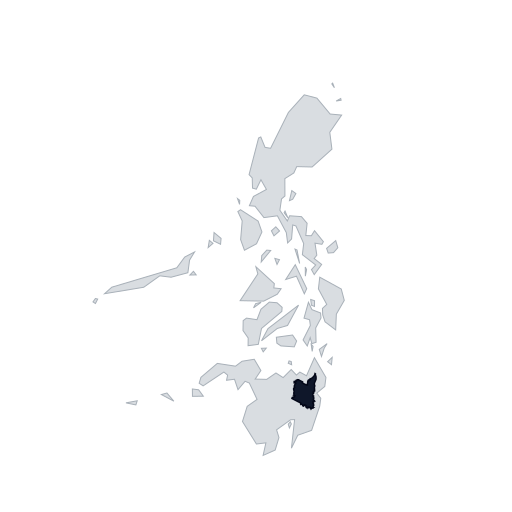 Agusan del Sur, Agusan del Sur, Philippines (highlighted), rotated 26°
{"feature_id": "2640588B20221108717018", "entity_name": "Agusan del Sur", "entity_type": "district", "adm_level": 2, "iso_a3": "PHL", "parent_name": "Philippines", "parent_adm1": "Agusan del Sur", "projection": "albers", "projection_center": [125.526, 8.58], "detail": "fine", "context": "in_parent", "style": "filled", "palette": "ink", "viewbox_px": 512, "rotation_deg": 26, "n_neighbors": 0, "source": "geoboundaries", "source_scale": "gbopen_adm2", "svg_char_len": 7323}
<svg xmlns="http://www.w3.org/2000/svg" viewBox="0 0 512 512"><g transform="rotate(26 256 256)"><path d="M241.5,87.4L260.4,95.9L271.2,91.8L268.1,112.5L277.4,126.7L267.4,151.4L253.4,157.8L253.6,164.8L248.0,173.8L255.7,189.4L253.9,193.5L257.4,204.4L268.8,210.8L268.6,205.1L279.6,200.7L287.6,204.2L291.8,215.8L296.9,213.5L297.5,207.6L310.3,213.6L310.1,216.6L303.4,218.6L310.3,228.6L309.4,232.8L318.7,234.8L316.5,247.2L311.8,243.9L313.6,237.9L297.1,234.5L293.4,223.9L278.7,211.5L275.4,212.0L280.5,225.1L278.7,230.4L273.0,221.7L257.6,210.5L246.3,218.0L233.3,211.7L228.0,213.7L227.6,203.6L236.2,191.6L227.0,185.3L227.0,195.8L223.1,196.5L218.4,187.5L214.1,185.9L206.6,148.8L208.1,146.9L216.5,154.4L221.9,152.8L222.2,112.7L228.7,90.0L241.5,87.4ZM353.1,321.8L372.1,334.5L375.0,343.1L370.7,352.6L376.6,355.5L379.1,363.0L382.4,388.3L372.1,398.8L372.1,413.2L362.4,386.1L358.9,388.0L350.7,403.2L356.2,409.1L358.3,422.0L349.8,432.1L346.8,419.6L338.8,424.8L316.4,410.7L314.0,395.0L319.8,384.4L305.7,373.1L301.1,373.4L298.4,384.0L290.7,376.2L284.0,380.6L282.7,375.5L278.0,374.4L265.4,395.9L260.7,395.3L259.7,389.2L268.3,369.5L285.9,364.0L289.6,356.7L299.7,349.6L310.6,356.8L309.2,367.0L319.7,362.2L325.2,352.4L333.7,353.4L337.4,342.6L344.5,345.3L346.3,341.1L353.9,341.5L353.1,321.8ZM296.8,334.4L288.2,340.1L284.9,333.1L277.0,328.7L272.8,319.7L274.7,316.0L284.8,312.8L283.8,301.7L288.2,291.6L295.4,288.8L302.0,290.7L303.5,294.5L292.7,318.7L296.8,334.4ZM347.1,248.3L354.8,257.2L353.7,273.0L360.0,287.5L346.9,284.9L341.8,279.7L338.7,274.0L340.8,268.5L326.5,258.2L322.6,247.1L347.1,248.3ZM260.6,265.7L284.6,272.8L286.0,276.9L292.9,274.4L291.9,281.0L282.7,293.2L261.3,303.1L265.5,271.3L260.6,265.7ZM168.8,333.3L136.4,356.3L140.1,347.2L190.0,301.3L192.4,288.2L199.0,279.3L198.1,288.8L202.1,300.9L189.0,312.3L178.2,316.0L168.8,333.3ZM221.8,221.2L242.6,223.7L250.8,231.8L251.1,244.8L243.1,255.9L235.0,248.0L228.2,230.5L220.2,224.0L221.8,221.2ZM329.8,279.7L339.0,278.9L341.6,283.2L341.2,294.5L347.8,307.2L344.6,310.3L340.5,305.6L341.5,314.4L335.1,310.8L335.3,294.6L332.1,289.8L326.4,290.8L323.4,274.6L329.8,279.7ZM298.1,329.8L298.6,316.0L315.8,281.5L314.8,304.6L306.9,311.8L298.1,329.8ZM330.2,320.9L317.8,325.9L313.0,325.2L309.9,320.1L323.5,311.0L329.8,314.6L330.2,320.9ZM295.1,246.6L315.9,263.1L316.0,268.8L301.2,256.4L293.0,264.1L295.1,246.6ZM324.2,219.0L319.6,221.7L316.1,218.2L320.9,207.2L325.9,212.7L324.2,219.0ZM270.1,405.1L260.4,410.0L257.1,403.4L263.1,401.4L270.1,405.1ZM208.0,253.3L216.9,255.5L219.0,261.0L211.1,261.0L208.0,253.3ZM261.0,221.1L266.2,223.2L263.3,230.0L258.8,226.6L261.0,221.1ZM236.0,418.2L245.8,422.5L231.7,422.0L236.0,418.2ZM358.9,317.6L353.8,312.2L358.3,303.6L357.7,308.8L358.9,317.6ZM266.8,244.6L263.3,259.1L261.0,253.1L263.1,246.0L266.8,244.6ZM212.7,438.2L213.3,442.5L203.5,445.0L212.7,438.2ZM264.5,182.4L264.1,188.9L261.8,191.6L259.5,181.5L264.5,182.4ZM280.9,295.4L276.5,303.7L276.6,298.9L280.9,295.4ZM211.8,263.5L209.3,269.4L207.2,262.4L211.8,263.5ZM330.7,275.7L327.4,275.9L324.2,271.1L328.2,270.5L330.7,275.7ZM278.7,249.0L278.6,254.4L274.0,249.9L278.7,249.0ZM371.5,320.6L366.7,319.6L368.9,313.7L371.5,320.6ZM290.2,232.6L298.5,243.6L288.0,232.7L290.2,232.6ZM210.5,299.2L204.9,302.1L206.5,297.2L210.5,299.2ZM305.6,334.3L304.5,339.0L301.3,336.6L305.6,334.3ZM307.4,246.0L309.2,252.5L305.1,244.3L307.4,246.0ZM132.5,369.1L129.6,368.7L130.3,364.6L132.6,364.1L132.5,369.1ZM335.7,338.1L332.0,338.3L331.7,335.8L333.9,335.4L335.7,338.1ZM361.4,395.9L358.7,393.0L359.5,390.0L361.4,391.5L361.4,395.9ZM217.0,213.1L218.6,216.8L214.2,212.5L217.0,213.1ZM346.9,312.2L348.3,317.1L344.3,311.2L346.9,312.2ZM264.2,78.7L260.1,81.6L263.1,77.3L264.2,78.7ZM267.9,207.7L262.3,204.8L262.4,202.9L267.9,207.7ZM249.1,67.0L252.7,70.4L248.7,68.1L249.1,67.0Z" fill="#d9dde1" stroke="#a8b0b8" stroke-width="1"/><path d="M347.1,349.3L347.1,350.7L346.9,350.7L347.0,350.8L346.8,350.9L346.8,351.0L346.7,351.1L346.7,351.3L346.5,351.5L346.4,351.5L346.1,351.8L345.9,351.9L346.0,351.9L345.9,351.9L345.9,352.0L345.7,352.1L345.6,352.3L345.5,352.5L345.5,352.8L345.4,352.7L345.4,352.9L345.2,352.9L345.3,352.9L347.2,353.0L347.3,353.0L347.5,353.0L347.5,352.9L347.6,353.0L347.5,353.3L347.3,353.6L347.4,353.8L347.4,354.0L347.3,354.4L347.4,354.6L347.4,354.8L347.3,355.0L347.3,355.4L347.3,355.7L347.5,356.3L347.6,356.5L347.8,356.8L348.0,356.8L348.2,357.0L348.3,357.1L348.2,357.2L348.1,357.4L348.1,357.5L348.0,357.8L348.0,358.0L348.1,358.3L348.0,358.5L348.0,359.0L348.4,359.5L348.7,359.7L348.9,360.1L349.1,360.4L349.5,360.5L349.7,360.9L349.8,361.7L349.9,362.2L350.4,362.7L350.3,362.9L350.4,363.2L350.4,363.5L350.5,363.5L350.8,363.6L351.0,363.8L351.2,364.1L351.3,364.2L351.3,364.3L351.4,364.5L351.5,364.5L351.4,364.6L351.6,364.6L351.7,364.8L351.8,364.9L351.7,365.0L351.8,365.1L352.0,365.2L352.0,365.3L352.1,365.2L352.1,365.3L352.1,365.5L352.3,365.6L352.2,365.7L352.3,365.7L352.3,365.8L352.2,365.9L352.2,366.0L351.9,366.2L351.8,366.3L351.8,366.2L351.8,366.3L351.7,366.3L351.4,366.4L351.4,366.5L351.2,366.9L351.1,367.3L350.7,367.3L350.7,367.7L350.6,368.0L350.7,368.3L358.1,368.5L360.5,368.4L360.6,368.7L360.5,368.8L360.9,369.3L361.0,369.5L361.4,369.8L361.7,369.5L361.9,369.2L363.1,369.3L363.4,369.8L363.8,370.1L364.1,370.2L364.4,370.2L364.7,369.8L364.9,369.3L364.6,368.8L364.7,368.4L365.2,368.4L366.5,368.4L366.6,368.5L366.6,368.8L366.7,369.2L367.0,369.7L367.2,369.8L367.6,370.0L367.9,370.2L368.1,370.2L368.6,369.9L368.8,369.7L369.0,369.5L369.0,369.4L369.1,369.5L369.1,369.4L369.2,369.5L369.2,369.4L369.3,369.3L369.4,369.2L369.6,369.1L370.0,368.9L370.5,368.7L371.0,368.5L370.9,368.5L371.0,368.6L371.2,368.8L371.5,368.9L371.7,368.7L371.8,368.7L372.1,368.8L372.2,369.0L372.3,368.9L372.4,369.0L372.4,368.9L372.3,368.7L372.5,368.8L372.5,368.6L372.9,368.5L373.0,368.4L373.1,368.2L373.8,367.7L373.7,367.6L373.6,367.4L373.6,367.2L373.8,367.2L374.0,367.0L373.9,367.0L373.9,366.8L373.3,366.8L373.2,366.4L373.3,364.9L372.6,363.9L372.4,363.7L372.4,363.8L372.4,363.7L372.2,363.7L372.3,363.7L372.2,363.6L371.9,363.5L372.0,363.3L371.9,363.4L371.6,363.1L371.4,363.0L371.1,362.5L371.8,361.9L371.4,361.5L372.3,360.7L370.3,359.8L370.4,358.8L370.0,358.0L369.7,357.8L369.2,357.6L368.8,357.1L368.7,357.0L369.0,356.6L368.5,356.5L368.0,356.0L367.5,355.1L367.4,354.9L367.6,354.3L367.9,354.1L367.7,353.3L367.0,353.2L367.0,352.5L367.2,352.4L367.9,351.6L367.6,351.1L366.7,349.5L366.2,348.8L366.0,348.0L365.9,347.4L365.7,346.8L365.2,346.3L364.7,345.8L364.4,345.3L364.2,344.1L364.1,342.8L364.1,341.9L364.0,340.6L363.5,339.4L362.8,338.1L361.1,336.3L361.1,335.9L360.6,335.8L360.9,337.5L360.9,337.8L360.3,339.9L360.1,340.6L359.2,342.1L359.0,342.3L359.0,342.6L359.1,342.8L359.1,343.0L358.9,343.2L359.0,343.2L359.0,343.3L359.0,343.2L358.9,343.3L359.0,343.3L358.9,343.3L358.7,343.4L358.7,343.5L358.6,343.4L358.6,343.5L358.5,343.4L358.4,343.4L358.4,343.5L358.2,343.5L358.1,343.8L358.0,344.0L357.8,344.2L357.5,344.6L357.4,344.8L357.5,345.9L357.8,345.9L357.8,346.1L357.8,346.3L357.8,346.6L358.2,348.3L358.3,348.6L358.5,348.9L358.3,348.9L358.3,349.8L357.4,349.8L355.8,349.8L355.7,350.0L355.5,349.9L355.2,349.9L354.9,349.9L354.7,349.9L354.3,349.9L353.6,349.6L353.2,349.6L353.2,349.1L352.8,349.1L352.8,348.7L349.0,348.7L348.6,348.9L348.4,348.9L348.2,348.8L348.2,348.7L348.0,348.8L347.9,348.8L347.7,348.9L347.5,349.0L347.4,349.1L347.2,349.2L347.1,349.3Z" fill="#0f172a" stroke="#020617" stroke-width="1.5"/></g></svg>